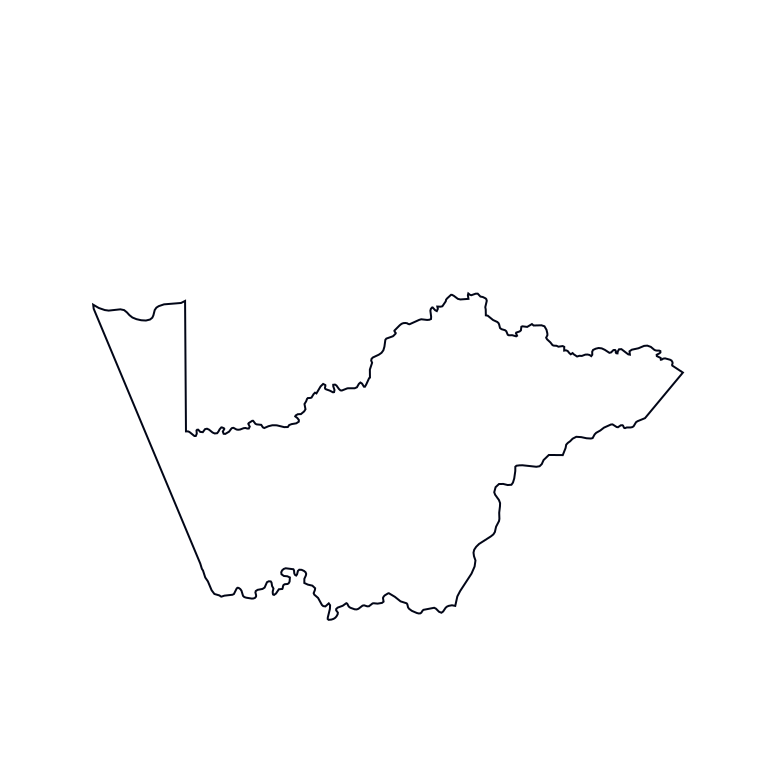 an SVG outline of Amazonas, rotated 147°
{"feature_id": "COL-1283", "entity_name": "Amazonas", "entity_type": "Commissiary", "adm_level": 1, "iso_a3": "COL", "parent_name": "Colombia", "parent_adm1": "", "projection": "mercator", "projection_center": [-71.672, -2.052], "detail": "fine", "context": "isolated", "style": "outline", "palette": "ink", "viewbox_px": 768, "rotation_deg": 147, "n_neighbors": 0, "source": "natural_earth", "source_scale": "10m", "svg_char_len": 6166}
<svg xmlns="http://www.w3.org/2000/svg" viewBox="0 0 768 768"><g transform="rotate(147 384 384)"><path d="M640.6,300.3L640.9,304.9L639.2,314.4L639.3,319.1L637.4,326.1L637.4,328.2L635.9,333.4L586.5,605.2L584.7,608.9L581.8,603.1L577.9,598.1L574.9,595.5L564.4,590.2L561.7,587.5L560.6,584.1L560.0,580.4L558.8,576.8L556.3,573.2L552.9,569.7L549.1,566.9L545.1,565.5L542.2,565.8L540.0,567.2L536.0,570.9L533.3,572.0L530.6,572.0L525.1,570.6L510.1,562.5L505.6,562.0L575.9,452.1L574.1,450.9L573.3,449.7L571.3,443.6L570.2,442.9L568.1,444.3L566.5,447.2L565.6,447.4L564.7,446.9L564.2,443.9L562.2,442.3L558.7,443.6L556.8,442.9L555.6,441.0L554.2,436.7L552.9,434.7L550.7,433.6L548.7,434.3L546.6,435.5L544.1,436.2L543.6,435.9L542.4,434.2L542.4,433.3L545.1,431.9L545.6,429.6L544.3,428.6L539.9,428.4L536.4,429.7L535.3,429.8L534.1,429.2L532.5,426.2L531.3,425.1L529.5,424.2L525.8,423.4L524.2,422.6L522.9,421.1L521.6,420.3L519.8,421.4L519.5,424.5L518.7,424.9L514.5,424.9L513.8,424.4L513.5,420.6L512.8,419.5L509.2,416.6L509.2,413.6L508.4,412.3L503.8,411.5L500.1,410.2L496.5,407.8L491.2,402.2L488.1,400.3L485.9,401.2L483.4,400.7L479.0,398.8L476.0,398.8L475.0,400.2L475.2,402.6L476.1,405.2L475.2,405.7L472.7,405.6L470.1,404.0L465.9,404.5L463.6,405.6L461.6,410.5L458.7,411.9L456.7,413.4L455.6,413.7L453.3,412.4L452.2,412.1L448.5,413.9L446.6,414.3L445.8,412.9L438.5,416.5L435.0,417.2L433.8,415.1L434.2,414.3L435.6,413.0L435.9,412.1L435.5,411.1L433.1,408.0L431.3,404.8L430.3,404.4L428.8,405.9L427.8,409.7L427.0,411.0L425.4,410.2L424.7,408.6L424.5,404.3L424.0,402.4L422.9,401.5L417.0,400.3L410.9,396.4L408.5,396.0L405.0,397.8L403.0,398.1L402.2,396.3L402.3,392.7L401.5,392.1L399.3,393.2L393.3,397.0L392.3,397.0L388.0,403.8L382.4,408.3L382.0,410.6L380.7,411.9L378.9,412.3L372.4,411.4L369.1,411.5L366.2,412.6L363.3,415.1L358.8,420.3L357.3,420.8L350.6,419.2L349.6,419.3L347.0,419.9L346.4,420.3L346.5,422.4L346.2,423.1L338.8,424.7L336.5,424.9L334.6,424.5L332.8,423.5L331.5,422.3L330.9,421.0L330.0,420.2L319.5,418.6L317.5,418.0L312.9,414.2L311.0,413.2L309.2,412.9L307.9,414.6L305.2,420.2L303.9,421.4L302.2,422.0L301.5,421.7L300.9,418.0L300.0,416.4L297.9,417.7L297.1,419.9L294.4,418.0L292.7,417.4L287.2,419.7L286.0,420.9L284.5,421.4L279.2,422.3L278.4,421.7L277.4,419.9L275.7,415.2L273.9,413.3L266.8,409.4L265.3,412.8L264.0,414.0L263.3,411.9L262.4,410.9L257.9,409.8L256.2,408.7L255.5,404.8L253.8,403.2L252.2,400.5L252.0,399.5L252.5,397.8L257.2,393.3L258.1,391.1L261.2,386.1L259.8,384.8L257.7,378.3L255.2,374.3L254.8,372.7L255.0,371.3L256.2,367.8L255.6,366.0L253.2,363.2L252.7,361.7L253.4,357.9L252.7,356.8L249.9,355.1L247.2,352.0L246.1,352.0L245.7,354.7L245.1,355.1L241.6,354.2L240.0,354.4L237.6,357.2L236.5,357.0L232.8,353.9L227.3,353.7L226.7,351.6L220.0,347.5L218.0,345.0L218.2,341.0L219.4,337.6L220.3,336.0L222.8,334.5L222.9,332.6L221.8,328.3L221.5,324.8L220.7,323.7L218.5,322.1L217.4,320.3L213.5,318.5L212.6,317.0L214.7,313.9L213.1,313.2L212.0,311.7L211.7,308.8L211.2,307.2L209.0,307.2L208.7,305.6L207.1,301.9L204.7,301.2L202.8,299.8L199.2,299.0L197.3,297.9L195.8,296.4L195.0,294.5L193.4,295.1L191.8,297.7L190.1,298.7L187.2,298.3L184.4,297.3L182.0,295.3L180.2,292.4L178.0,287.4L176.3,286.8L173.1,287.5L171.7,286.7L171.5,285.9L172.5,284.1L172.4,283.2L171.5,282.5L170.3,283.9L168.0,285.1L165.9,283.9L163.0,275.8L161.8,274.7L160.3,277.7L157.5,277.8L151.2,275.4L145.1,274.3L142.3,272.8L140.0,269.8L138.6,265.2L137.5,263.8L135.0,262.1L134.3,261.1L135.0,259.9L136.3,259.7L139.4,260.0L140.0,258.8L137.8,255.2L138.6,253.6L137.8,253.2L136.0,253.2L134.3,252.4L130.9,248.6L130.1,247.1L130.2,245.1L130.7,244.2L132.0,243.1L132.2,242.4L127.1,230.8L183.7,213.2L191.6,214.7L193.4,214.7L197.7,212.6L199.2,212.6L201.0,213.3L204.0,215.3L205.8,215.7L206.4,216.2L206.5,216.9L206.2,218.8L206.4,219.5L207.9,220.4L211.3,220.3L212.3,221.2L214.3,225.6L215.6,226.4L223.3,227.6L227.9,227.2L232.6,227.5L234.8,227.0L238.5,225.0L240.2,225.6L243.7,228.2L247.5,232.0L251.5,235.0L255.6,235.4L259.1,234.6L261.8,234.5L264.2,233.9L266.6,231.4L272.8,227.0L284.4,234.7L291.6,233.3L295.3,230.9L298.3,230.3L301.3,231.6L312.1,240.4L314.7,242.0L317.4,243.3L318.9,243.1L321.3,239.5L326.2,233.9L329.5,231.1L332.0,230.1L335.3,231.9L338.4,235.2L342.0,237.5L346.6,236.7L350.5,233.2L351.1,230.6L350.8,224.1L351.5,220.9L353.4,218.2L357.5,213.3L360.7,208.0L362.2,206.4L367.7,203.3L371.6,199.5L374.2,198.3L377.3,198.0L391.3,198.1L395.3,197.3L398.6,195.9L400.8,193.8L402.3,190.6L403.4,186.2L407.4,181.6L413.9,177.3L432.9,168.9L438.2,165.9L445.1,159.1L447.5,161.4L450.6,162.7L452.4,163.0L454.1,162.8L458.3,161.0L460.4,160.9L461.9,163.0L462.8,167.3L463.8,169.0L473.9,173.1L475.1,172.9L477.3,171.9L478.6,171.9L479.9,172.7L481.2,174.1L484.2,178.6L485.4,181.8L485.5,183.5L484.4,186.6L484.5,187.8L488.5,192.7L490.8,199.6L493.9,205.9L494.8,206.2L498.5,206.3L500.1,205.9L501.4,205.1L502.9,201.7L504.9,201.5L509.0,203.3L512.0,205.7L513.1,206.2L517.7,205.8L519.2,206.7L521.2,209.2L522.7,209.8L527.9,209.4L529.6,209.8L531.2,210.9L534.1,214.7L534.8,216.6L534.5,219.8L535.0,220.7L539.4,220.5L544.7,221.7L546.7,221.3L547.4,220.2L547.2,217.4L548.3,216.1L550.4,215.0L552.2,214.5L554.2,214.5L556.5,215.1L558.9,216.4L559.2,217.6L558.3,218.8L551.9,224.8L549.7,227.8L549.8,230.1L554.3,229.4L555.9,230.8L556.4,232.5L555.8,240.5L557.2,245.3L556.9,246.9L554.1,248.9L553.0,250.2L553.9,253.9L557.1,257.2L559.2,260.5L556.9,264.0L553.9,265.9L552.7,267.1L552.3,268.8L552.9,270.8L554.3,273.0L556.2,274.4L558.0,274.1L560.6,271.7L562.0,271.2L562.6,272.5L562.4,274.0L561.0,276.7L560.9,278.0L566.8,283.0L568.8,283.5L570.9,283.2L572.7,282.1L573.6,280.2L572.5,277.5L569.8,275.4L568.3,273.0L570.8,269.7L572.5,268.8L573.8,268.8L576.2,270.1L577.6,270.2L578.9,269.4L579.9,268.2L580.9,267.5L584.0,269.1L588.7,267.1L591.1,267.0L591.7,267.9L591.2,269.2L590.4,270.5L588.1,272.7L587.9,275.5L586.5,278.7L586.5,280.1L588.1,281.3L590.1,281.5L595.0,278.3L597.5,278.3L602.1,280.2L604.3,280.2L605.4,279.2L606.3,276.5L607.1,275.4L608.7,274.9L610.2,275.2L611.7,276.0L615.9,279.8L617.2,281.4L617.6,283.1L616.1,288.3L616.2,290.3L617.0,292.2L617.9,292.9L619.0,292.7L624.3,289.6L625.9,289.8L633.1,293.4L636.1,294.2L636.7,294.9L637.1,296.2L640.6,300.3Z" fill="none" stroke="#020617" stroke-width="2"/></g></svg>